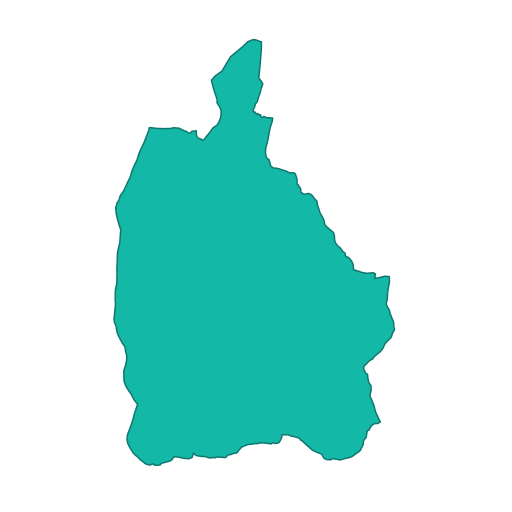 Tabora Urban, Tabora, United Republic of Tanzania (Mercator projection), rotated 4°
{"feature_id": "72390352B61754038708822", "entity_name": "Tabora Urban", "entity_type": "district", "adm_level": 2, "iso_a3": "TZA", "parent_name": "United Republic of Tanzania", "parent_adm1": "Tabora", "projection": "mercator", "projection_center": [32.813, -4.941], "detail": "fine", "context": "isolated", "style": "filled", "palette": "teal", "viewbox_px": 512, "rotation_deg": 4, "n_neighbors": 0, "source": "geoboundaries", "source_scale": "gbopen_adm2", "svg_char_len": 4736}
<svg xmlns="http://www.w3.org/2000/svg" viewBox="0 0 512 512"><g transform="rotate(4 256 256)"><path d="M140.4,136.2L140.5,137.5L138.4,144.1L136.6,150.1L134.2,156.2L132.1,161.9L130.7,168.3L128.2,174.4L126.2,180.3L125.1,185.9L123.1,190.7L121.0,196.3L119.5,200.2L116.3,205.6L115.4,210.1L113.8,212.4L112.7,217.8L113.6,223.4L115.4,229.3L117.4,234.8L119.2,239.3L119.2,252.2L117.6,261.7L117.9,269.8L118.1,278.4L118.7,284.7L119.0,294.0L118.1,299.4L118.5,308.5L119.2,313.7L118.9,324.1L118.7,328.8L119.0,329.8L119.0,330.0L119.6,332.7L121.4,335.8L122.1,339.5L122.2,339.8L123.4,343.5L125.9,347.8L129.0,352.6L131.7,356.0L132.6,360.5L134.0,364.3L134.2,368.6L134.0,370.6L133.5,374.1L132.2,379.7L132.6,385.6L133.1,390.1L135.3,394.9L137.8,398.5L141.4,403.0L144.3,407.8L145.7,409.5L145.8,409.5L148.2,412.3L147.0,416.8L145.5,422.7L144.8,427.2L143.4,432.7L142.1,437.2L140.3,443.1L140.1,448.0L141.2,451.9L143.0,455.1L145.0,458.0L146.8,460.5L148.6,462.3L150.4,463.7L152.2,464.8L153.3,466.1L155.3,467.7L157.3,468.9L159.8,470.7L161.4,471.4L163.8,471.8L165.1,471.8L167.6,470.5L168.7,471.4L171.7,471.8L175.3,470.9L175.7,469.6L180.2,468.0L184.3,466.6L186.0,465.5L188.3,461.9L193.0,462.1L197.5,462.8L202.9,463.0L206.3,461.4L207.4,457.1L210.3,459.2L215.5,459.8L219.1,459.6L223.8,460.7L227.2,460.1L229.4,460.1L230.8,459.2L239.8,459.2L242.2,456.0L243.8,456.2L247.2,454.6L250.8,453.7L252.6,450.8L255.0,447.6L260.9,444.7L265.8,443.8L267.2,443.3L270.1,443.1L274.1,442.0L279.1,442.0L284.2,442.4L286.0,440.9L287.6,441.8L289.9,441.3L292.1,440.4L293.5,437.5L294.4,435.0L294.4,432.5L296.4,432.5L300.7,432.0L304.0,433.4L306.3,433.4L312.3,434.8L313.0,436.3L315.0,437.2L316.8,438.8L319.7,441.1L323.3,443.8L325.8,445.8L330.1,447.4L335.2,449.0L338.2,453.3L341.1,454.2L344.9,454.0L346.3,452.9L348.3,452.9L350.8,453.1L352.8,453.5L354.3,453.5L357.3,452.4L359.3,451.7L363.8,450.4L366.5,448.8L369.4,446.3L372.3,444.0L373.7,442.5L374.6,440.0L375.9,437.3L376.1,433.6L376.8,431.6L378.6,429.3L378.8,425.9L379.3,422.5L381.1,421.6L381.8,419.4L383.3,416.9L386.0,414.9L389.2,414.6L391.6,412.8L389.2,408.8L386.0,402.9L384.2,397.2L381.5,391.6L379.3,387.5L380.2,382.3L379.7,377.1L377.5,374.6L376.1,370.1L375.5,366.2L373.5,365.3L371.2,360.8L371.4,358.5L376.6,352.4L379.3,350.8L381.1,348.1L383.8,345.4L386.7,342.7L389.0,339.3L390.5,335.2L392.3,332.5L394.1,330.5L396.4,328.0L396.8,326.6L397.5,323.9L399.3,319.6L398.4,316.7L397.9,312.4L393.9,304.3L392.8,300.6L390.5,297.5L389.2,294.5L389.9,290.0L389.9,281.6L391.0,272.4L390.3,267.2L385.8,267.2L380.4,269.0L376.1,270.1L376.3,265.6L374.3,264.5L367.1,265.6L366.6,265.5L361.3,264.7L360.1,264.1L359.1,264.2L356.8,263.4L354.5,263.0L354.2,262.1L353.4,257.8L353.3,257.3L352.3,255.4L351.8,254.4L351.3,253.9L348.3,250.9L348.2,250.9L345.9,250.4L345.4,249.6L345.2,249.5L345.3,249.4L344.5,246.8L342.5,245.7L339.7,242.2L336.4,239.9L334.1,236.8L333.9,236.6L333.9,236.4L333.3,234.8L332.9,230.8L331.9,227.6L330.5,226.2L329.6,225.8L327.9,224.4L326.4,223.5L326.3,223.2L325.4,222.5L325.0,222.4L322.6,220.1L322.2,219.0L321.1,215.2L320.1,213.5L319.9,213.1L316.6,208.0L316.0,206.1L313.8,200.9L313.2,198.0L312.6,196.6L311.1,195.5L309.7,193.9L307.2,191.2L305.6,190.3L304.8,190.3L303.7,189.9L303.5,190.3L302.5,190.3L300.8,191.0L300.7,190.9L299.5,190.9L297.5,190.0L296.3,189.2L296.0,186.6L295.5,185.0L294.3,184.4L293.6,182.4L292.6,181.8L292.0,181.3L291.7,178.1L291.4,175.8L290.1,172.9L289.5,171.3L288.1,170.4L284.4,170.6L282.2,170.3L281.0,169.4L276.3,168.3L272.8,167.4L270.2,167.0L267.1,167.0L264.1,164.9L263.4,161.8L262.4,159.8L262.2,159.0L259.7,157.4L259.5,156.5L259.2,156.1L258.3,152.6L258.1,148.6L258.7,145.3L259.9,138.5L260.2,135.0L261.1,127.5L262.9,120.0L262.9,117.2L260.4,117.2L257.2,117.3L254.2,116.2L252.3,117.6L251.1,116.6L250.7,114.8L249.1,114.8L247.9,113.8L247.2,114.8L246.5,114.3L244.8,112.4L244.1,112.8L243.0,111.8L243.3,109.6L244.4,106.8L244.8,104.4L246.1,102.5L246.9,100.8L247.2,98.6L247.6,96.8L248.3,94.7L249.1,91.0L249.4,88.2L250.3,86.2L250.7,83.8L249.4,81.7L247.9,80.0L246.5,78.4L246.4,78.1L246.8,62.6L246.9,48.4L246.5,42.1L240.0,40.2L239.6,40.5L238.4,40.3L236.7,40.9L232.9,42.8L227.7,48.5L216.7,59.0L214.7,62.9L209.0,74.2L207.8,75.0L202.5,79.5L199.5,83.6L199.2,83.8L199.6,84.8L202.0,92.2L206.4,103.0L206.4,105.8L208.4,108.6L210.0,110.9L211.1,113.7L211.3,118.2L211.0,120.5L210.3,123.0L209.3,125.9L207.7,128.5L204.1,131.2L202.5,134.0L201.0,136.3L197.6,141.0L195.9,143.7L194.5,144.4L193.4,143.3L190.5,142.6L189.0,141.5L188.3,140.3L188.0,138.5L187.6,136.1L187.7,135.3L185.1,135.8L183.5,135.9L182.0,137.6L180.9,138.3L179.3,137.6L178.1,136.7L175.9,136.1L173.3,135.1L170.0,133.8L167.2,133.9L165.4,133.7L161.5,134.8L161.4,134.8L155.9,135.3L149.4,135.6L144.8,135.5L141.8,135.2L140.5,135.7L140.4,136.2Z" fill="#14b8a6" stroke="#0f766e" stroke-width="1.5"/></g></svg>